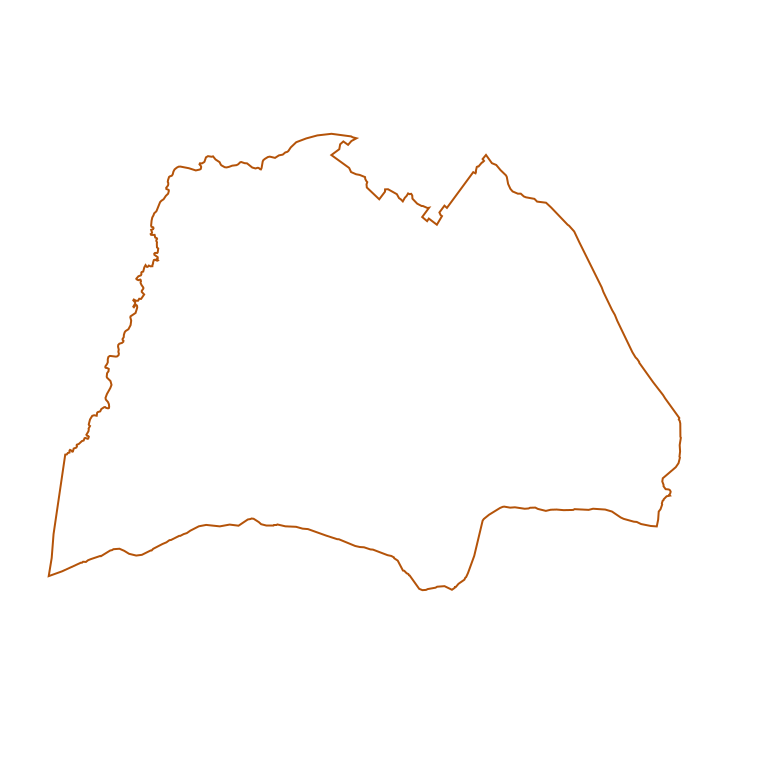 Santa Ana, Petén, Guatemala, rotated 189°
{"feature_id": "79465075B84602984839461", "entity_name": "Santa Ana", "entity_type": "district", "adm_level": 2, "iso_a3": "GTM", "parent_name": "Guatemala", "parent_adm1": "Petén", "projection": "robinson", "projection_center": [-89.487, 16.831], "detail": "fine", "context": "isolated", "style": "outline", "palette": "amber", "viewbox_px": 768, "rotation_deg": 189, "n_neighbors": 0, "source": "geoboundaries", "source_scale": "gbopen_adm2", "svg_char_len": 6120}
<svg xmlns="http://www.w3.org/2000/svg" viewBox="0 0 768 768"><g transform="rotate(189 384 384)"><path d="M687.8,264.4L686.9,184.0L685.0,160.2L685.1,141.8L672.7,148.6L655.4,160.1L654.4,160.2L653.4,161.4L650.6,161.6L648.8,163.6L646.3,165.1L637.3,169.8L636.7,169.6L628.4,176.7L626.6,177.4L625.4,178.5L619.5,179.9L614.5,178.6L609.2,176.4L601.9,175.8L596.4,177.4L588.4,183.1L587.5,183.2L586.2,185.1L577.8,191.3L574.1,193.6L571.5,196.2L570.0,196.6L562.5,202.0L561.5,202.1L558.4,204.4L555.4,205.9L552.4,208.8L544.6,214.5L537.6,217.0L523.9,217.7L514.5,221.0L505.5,221.3L497.3,228.9L494.6,229.8L493.9,230.4L491.7,230.5L486.0,228.0L483.4,226.3L478.0,225.8L471.0,226.9L470.7,227.5L468.1,227.9L467.4,228.6L459.2,228.0L448.5,229.2L441.8,228.4L436.4,228.8L417.3,225.2L405.9,223.4L404.3,223.6L387.1,219.5L382.3,219.2L378.2,219.6L371.6,218.5L369.0,218.7L353.7,215.5L349.9,215.3L347.1,214.3L346.7,213.5L342.8,211.7L336.1,202.7L334.8,202.7L332.0,200.6L330.2,200.1L329.4,199.0L328.7,198.9L317.2,187.2L313.8,186.4L310.3,187.2L308.7,188.3L301.2,190.9L299.8,192.1L292.6,193.8L284.7,191.4L282.3,193.7L282.2,194.6L281.3,194.8L279.1,198.4L274.0,203.3L273.4,205.4L272.7,206.1L271.5,210.3L268.0,228.3L265.2,264.5L264.3,266.3L259.8,271.3L250.0,279.7L247.6,281.2L246.1,281.7L240.1,281.6L235.4,282.7L225.5,282.8L221.7,283.7L220.4,284.6L215.2,285.6L212.5,284.7L204.3,284.0L199.6,285.9L193.9,287.0L186.9,287.5L177.5,289.2L176.2,290.2L162.2,291.7L158.0,293.5L145.9,294.6L138.9,293.7L129.3,289.2L126.2,288.3L115.7,287.1L112.8,287.3L108.2,285.9L98.3,285.5L92.3,286.0L92.0,292.9L92.7,301.0L91.3,303.6L90.4,308.5L90.9,309.5L90.5,312.3L89.8,312.9L89.7,313.9L87.3,317.3L84.1,318.5L85.0,319.2L84.3,320.3L84.0,322.4L84.8,323.7L86.2,324.4L89.4,324.2L91.9,326.7L92.1,328.1L93.9,331.3L93.9,334.5L82.8,347.5L80.7,351.9L80.2,357.6L80.8,358.4L81.0,363.7L82.4,369.9L82.4,377.4L83.0,378.2L85.2,391.4L86.3,394.1L87.3,395.0L87.0,396.6L104.1,413.8L106.7,416.8L118.4,427.8L135.3,445.0L135.4,445.7L137.9,448.3L139.7,449.6L143.6,454.2L163.5,482.9L166.8,488.4L170.2,492.6L181.7,509.2L184.1,513.5L213.3,554.6L220.0,564.4L226.0,569.3L227.5,570.0L246.4,584.4L252.3,588.4L261.3,588.1L264.4,590.4L273.0,590.6L275.2,591.1L278.7,593.4L281.5,592.9L287.1,594.3L289.7,596.5L292.7,601.0L295.1,607.7L296.1,609.1L302.4,613.5L307.4,617.9L312.0,619.0L319.1,626.2L321.8,621.6L320.1,620.0L321.5,618.2L322.0,618.0L324.7,613.6L325.5,613.5L326.3,612.9L326.6,608.8L326.3,607.8L326.6,606.4L329.0,607.2L349.4,567.8L352.2,569.6L356.1,562.1L354.5,559.7L353.0,558.9L356.7,549.6L365.6,554.4L366.9,551.6L372.4,554.9L367.1,565.1L368.4,564.6L373.5,565.9L374.7,565.7L379.4,567.3L384.9,571.5L385.6,574.6L386.9,576.1L388.6,575.5L390.0,576.0L391.1,573.3L392.6,571.1L394.0,567.3L396.4,569.1L398.2,569.9L401.0,573.5L410.5,577.0L413.4,576.4L413.1,574.1L417.6,565.7L431.7,575.4L432.5,578.5L432.1,580.8L433.2,581.7L434.6,583.6L435.1,585.4L440.7,586.7L444.4,586.8L449.7,588.2L452.1,591.8L452.7,592.2L471.8,601.9L464.9,608.9L464.8,613.9L462.1,617.2L456.9,614.6L454.2,618.9L449.6,622.4L453.6,622.8L455.2,623.4L475.0,622.9L488.7,619.1L499.2,614.4L508.5,609.1L513.1,603.1L515.0,599.0L516.1,598.0L517.7,597.3L519.9,594.7L523.5,593.4L527.0,590.3L532.4,590.7L534.2,590.0L536.9,587.7L538.2,586.2L538.6,584.9L538.7,578.2L539.1,576.7L539.8,576.7L541.6,577.8L542.6,577.8L544.6,576.8L548.0,577.2L553.8,580.5L556.2,580.3L559.7,580.9L560.7,580.5L562.4,578.2L563.9,577.1L568.1,575.9L570.9,574.3L573.3,573.3L575.2,573.2L578.7,574.5L579.5,575.1L581.1,577.4L585.5,579.4L588.5,582.1L589.7,581.5L593.5,581.5L595.3,580.0L596.1,575.4L596.5,574.9L598.3,573.4L600.3,573.2L600.6,572.1L599.0,570.7L598.5,569.8L598.6,567.8L599.5,567.0L603.3,565.5L610.5,566.6L619.2,566.9L620.9,566.5L622.5,565.3L624.4,563.2L625.2,560.9L625.5,557.9L626.2,556.5L628.1,555.5L628.7,554.8L629.2,551.7L629.2,549.8L628.6,549.0L628.3,547.4L628.4,546.3L629.8,543.7L629.5,542.6L627.1,542.0L626.7,541.1L627.0,538.2L628.9,535.7L630.6,532.0L632.5,530.2L633.6,528.6L635.6,519.9L635.9,518.9L637.7,516.6L638.1,514.4L638.9,512.3L639.1,509.0L638.8,504.0L638.2,502.9L636.4,502.6L636.0,501.8L636.3,500.8L638.1,499.8L636.8,497.4L637.0,496.4L637.9,495.6L637.6,495.0L636.6,494.9L633.9,495.4L632.9,492.9L631.1,492.4L630.8,491.8L631.4,490.4L631.2,489.5L630.4,488.5L630.3,486.9L629.6,483.4L628.2,482.5L628.1,478.7L628.4,478.0L630.7,477.6L631.3,476.8L631.0,475.7L627.4,473.9L627.1,472.9L627.8,472.1L626.5,470.8L627.3,470.3L629.7,470.9L630.7,470.4L631.1,467.8L630.9,466.6L631.3,465.9L631.2,464.1L633.0,463.7L634.8,464.2L635.5,463.0L636.2,462.6L636.8,462.7L638.1,464.1L639.0,461.7L639.4,457.4L640.8,456.7L641.1,456.2L640.8,454.2L641.1,453.3L643.4,452.0L645.1,449.3L644.8,448.7L642.9,448.1L641.1,449.0L640.6,448.7L640.1,447.4L640.4,446.7L640.2,445.7L639.1,444.0L636.8,441.6L636.6,440.6L637.8,438.2L637.7,437.1L634.9,434.9L637.0,430.5L637.3,430.0L639.1,429.9L639.9,427.8L641.9,427.4L644.3,428.3L644.7,427.4L642.6,425.7L642.3,424.7L643.7,421.2L643.0,420.7L642.1,422.4L641.4,423.2L640.8,423.2L640.1,422.5L639.7,420.8L640.5,415.3L644.9,411.2L645.0,410.2L643.6,407.0L643.5,402.5L645.0,398.1L647.5,395.9L648.2,394.6L648.6,392.0L648.4,389.5L649.3,387.4L648.9,386.5L648.1,386.0L648.1,384.9L649.2,383.6L651.7,382.4L652.6,381.0L652.5,379.2L651.4,376.6L651.4,374.2L650.6,372.5L650.7,370.9L651.9,369.5L653.1,369.1L658.7,368.9L659.4,368.7L660.5,367.5L660.7,365.2L660.2,362.2L660.7,360.4L661.9,357.9L661.9,357.0L661.5,356.5L659.6,356.4L658.2,355.8L658.1,353.4L659.0,351.8L659.2,351.1L659.0,347.7L658.5,346.9L654.6,344.1L653.0,340.5L653.7,337.2L656.1,330.7L656.9,326.7L656.3,325.1L653.8,323.0L652.5,320.9L651.9,318.5L651.9,317.3L652.7,316.8L654.6,316.9L655.9,317.6L656.8,317.3L659.3,315.0L660.0,312.6L662.4,311.4L662.8,310.8L662.8,307.7L665.4,307.8L667.2,306.9L668.8,303.0L669.3,297.9L668.7,297.0L667.8,296.5L668.8,293.8L668.5,293.0L668.5,291.1L670.0,287.3L669.3,286.5L667.9,286.3L667.3,285.8L667.6,283.8L668.2,283.5L670.6,284.0L671.3,283.6L671.8,281.2L673.4,280.4L676.1,277.0L677.9,276.0L678.0,275.3L677.5,274.5L677.9,273.1L680.4,271.7L680.7,268.7L681.3,268.4L682.5,269.4L683.8,269.8L684.2,269.1L683.9,267.1L685.5,266.4L686.3,264.8L687.8,264.4Z" fill="none" stroke="#b45309" stroke-width="2"/></g></svg>